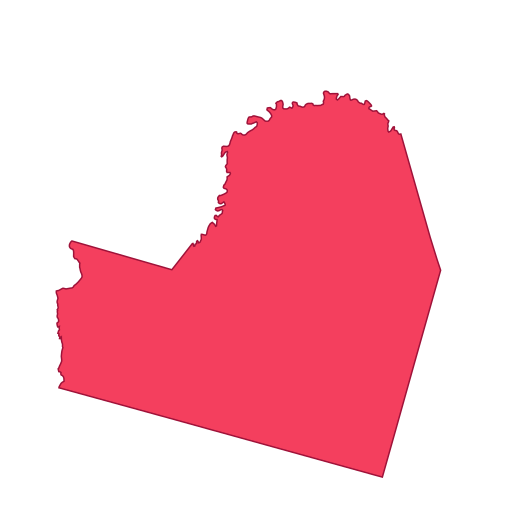 outline of Sala Krau, Krong Pailin, Cambodia, rotated 16°
{"feature_id": "14789045B37468243401885", "entity_name": "Sala Krau", "entity_type": "district", "adm_level": 2, "iso_a3": "KHM", "parent_name": "Cambodia", "parent_adm1": "Krong Pailin", "projection": "natural_earth1", "projection_center": [102.586, 13.003], "detail": "fine", "context": "isolated", "style": "filled", "palette": "rose", "viewbox_px": 512, "rotation_deg": 16, "n_neighbors": 0, "source": "geoboundaries", "source_scale": "gbopen_adm2", "svg_char_len": 5922}
<svg xmlns="http://www.w3.org/2000/svg" viewBox="0 0 512 512"><g transform="rotate(16 256 256)"><path d="M361.6,98.8L360.5,99.4L359.3,99.3L357.5,97.3L356.7,96.8L355.2,96.9L354.3,96.8L353.6,95.6L353.8,94.7L353.2,93.7L352.3,94.2L351.9,95.7L351.6,96.6L351.4,97.6L351.0,98.7L350.3,99.5L349.4,100.3L348.5,99.6L347.8,98.0L347.4,97.0L347.3,95.7L347.2,94.6L346.5,93.3L346.2,92.0L346.4,91.1L346.4,89.5L345.1,88.9L343.9,88.0L342.9,87.4L342.1,87.1L341.5,86.5L340.9,85.8L340.4,84.9L340.3,83.9L339.6,83.7L338.7,84.6L338.0,85.1L337.0,85.1L334.2,84.8L333.4,84.1L331.9,83.1L330.8,83.6L329.4,84.2L328.3,84.6L326.1,83.9L324.7,83.4L323.9,83.3L323.7,82.0L324.2,81.2L325.2,80.7L325.7,79.9L325.1,79.1L324.1,78.4L322.9,77.7L321.3,76.8L320.2,76.3L319.2,76.2L318.3,77.0L318.4,78.0L318.4,79.3L318.3,80.4L317.5,80.7L316.6,80.6L315.2,80.1L314.2,80.4L312.6,80.0L311.6,79.5L310.7,78.5L309.6,78.0L308.7,77.8L307.7,77.9L306.5,78.4L305.7,79.0L304.7,79.9L303.9,80.1L302.9,78.8L302.4,77.7L301.9,76.4L301.0,75.6L300.2,75.1L299.3,75.0L298.6,75.5L297.2,77.1L296.9,78.2L296.2,78.7L295.2,78.9L293.6,79.3L292.4,81.8L291.9,82.7L291.2,83.6L289.9,83.0L289.7,81.3L289.8,79.4L290.4,78.2L289.8,77.4L285.2,78.7L284.0,79.1L282.7,79.6L281.9,79.5L280.5,78.6L279.7,78.2L278.9,78.3L278.1,78.2L276.7,78.7L276.1,79.5L275.9,80.8L276.7,82.0L277.6,83.4L278.2,84.9L278.4,86.7L278.2,87.6L278.0,88.7L278.6,89.6L278.8,90.9L278.7,91.7L277.9,92.1L277.3,92.8L276.3,93.6L275.4,93.8L273.8,94.4L271.3,95.0L270.5,95.4L269.4,95.1L268.7,94.1L267.6,93.9L264.2,94.9L263.5,95.3L262.6,96.1L261.8,97.3L261.5,99.1L260.0,100.1L258.4,100.1L257.1,99.9L255.9,100.1L255.0,100.0L253.8,98.9L253.2,97.6L251.8,97.4L250.5,97.5L249.3,97.7L248.8,98.4L248.8,99.3L250.2,101.2L250.3,102.2L250.0,103.7L249.3,104.1L248.4,103.7L247.2,103.7L246.4,105.1L245.1,106.1L244.2,106.4L243.2,106.6L242.3,106.9L240.9,106.3L240.5,104.9L240.3,103.0L239.9,102.0L239.1,100.6L238.4,99.9L237.7,99.5L236.8,99.7L235.1,101.4L234.3,101.7L233.7,102.4L233.0,103.7L233.8,104.4L234.5,106.7L234.6,109.1L233.8,110.3L232.0,110.6L230.6,110.2L228.9,109.4L227.5,109.9L226.1,110.6L226.2,112.5L227.5,113.1L229.1,113.8L230.5,114.8L231.5,115.7L232.3,116.6L232.7,118.1L232.2,119.1L231.8,119.9L231.6,120.7L231.3,122.0L230.4,123.1L229.4,123.4L228.0,123.8L227.2,123.6L226.4,123.2L224.0,122.0L222.9,121.7L221.7,121.6L220.4,121.7L216.0,121.8L214.6,122.2L213.8,123.1L212.9,123.7L212.0,123.9L211.0,124.4L210.7,125.1L210.5,126.5L210.6,129.9L211.0,131.0L211.9,131.3L212.8,131.0L213.8,130.8L215.1,130.4L215.9,129.6L217.0,128.9L219.3,126.9L220.5,127.6L220.9,128.9L221.0,130.8L220.5,131.8L219.8,132.5L218.6,134.6L217.6,135.8L215.8,137.5L215.1,138.3L213.9,139.8L213.1,141.5L212.6,142.2L211.3,143.1L210.0,143.2L208.9,143.0L208.3,142.5L207.2,142.3L205.0,143.5L203.9,143.4L203.1,142.1L201.7,142.4L201.0,143.2L200.7,143.9L200.5,145.7L200.3,146.8L200.3,148.5L200.2,149.9L200.0,151.5L199.8,153.1L199.9,154.2L199.9,155.3L199.8,156.7L199.0,158.1L197.6,158.8L194.5,159.4L193.5,160.4L193.4,161.6L194.3,163.6L194.3,166.1L194.7,167.5L195.2,168.4L195.0,169.7L195.7,170.1L196.5,169.1L197.7,165.1L198.4,164.2L199.6,163.5L200.1,164.2L200.1,166.7L201.5,169.5L201.7,171.2L202.1,172.6L202.4,173.8L202.9,174.8L202.7,175.8L202.0,177.5L202.0,178.7L203.3,179.8L204.1,181.1L204.3,182.6L205.2,183.7L208.0,182.9L208.6,183.5L208.6,184.7L208.1,185.9L206.4,187.9L207.0,189.7L207.1,191.1L206.6,193.6L206.3,195.6L205.6,196.7L205.6,198.9L206.3,199.6L207.1,199.8L208.3,199.7L209.3,200.0L210.3,200.7L210.6,202.3L210.3,203.2L208.6,205.0L205.8,207.3L205.1,207.7L204.1,207.9L203.6,209.1L203.2,210.1L203.3,211.2L203.6,212.1L204.5,213.0L204.9,213.7L205.1,215.0L206.3,215.6L207.3,215.6L208.3,215.2L210.2,212.8L211.5,213.9L212.2,215.0L212.2,215.9L211.3,216.5L209.4,218.1L206.1,220.0L204.2,221.0L204.2,222.6L205.2,223.1L206.7,223.3L208.0,222.6L209.4,221.2L210.5,220.7L211.4,221.3L211.5,223.0L211.8,224.1L211.4,224.9L210.6,225.9L209.8,226.8L208.8,228.8L208.1,228.7L206.5,227.9L205.6,228.3L205.3,229.2L205.4,230.8L205.8,231.5L206.9,232.0L208.5,231.7L208.7,232.5L209.0,233.9L209.2,235.7L209.6,237.1L209.7,238.0L209.0,238.6L208.3,237.8L207.2,236.9L204.7,235.7L204.1,236.4L203.2,237.5L202.4,240.3L202.2,241.7L202.2,246.1L202.5,248.1L202.3,249.2L201.6,250.0L198.6,250.0L197.5,250.2L197.6,251.4L198.4,253.5L198.8,255.0L198.4,258.0L197.8,258.8L197.0,259.2L196.5,258.2L195.6,257.4L194.9,258.2L195.1,259.3L195.4,260.5L194.3,261.4L194.4,262.3L194.4,263.3L193.6,263.8L193.0,263.2L192.7,262.2L191.9,261.3L191.3,261.8L178.9,292.4L74.9,292.3L74.0,293.8L73.6,295.8L73.6,296.8L73.9,298.0L74.4,298.8L75.0,299.3L75.7,299.8L76.9,300.0L78.2,300.1L79.2,301.4L79.9,303.3L80.8,306.7L81.6,307.6L82.7,308.5L84.1,308.2L85.1,308.6L87.0,310.1L87.7,310.8L88.7,311.4L88.7,312.3L89.6,315.5L90.2,316.4L91.1,318.2L92.0,319.7L92.9,320.7L93.8,322.0L94.4,323.3L94.5,324.5L94.2,325.6L93.2,328.0L92.1,330.4L91.4,331.6L90.7,332.8L89.9,333.8L89.3,334.6L89.0,336.1L88.0,337.4L86.3,338.1L83.9,339.3L82.5,340.0L80.1,340.1L79.3,340.2L78.4,341.0L77.2,342.2L75.6,343.7L74.6,344.1L73.7,344.7L74.1,346.2L74.6,347.1L75.1,347.7L75.7,348.5L76.5,349.8L77.3,351.2L77.3,354.3L77.8,355.8L78.7,356.8L78.9,357.9L80.1,360.1L80.1,361.1L79.7,362.6L80.4,363.2L80.3,364.1L80.6,364.9L81.2,366.2L81.3,367.1L81.4,368.6L82.1,370.0L82.9,370.4L83.7,371.6L84.3,373.2L84.0,374.2L83.2,375.3L83.4,376.1L84.4,378.1L85.2,378.9L86.4,377.9L86.6,379.3L87.4,381.2L86.8,382.6L86.9,383.5L86.8,384.9L88.0,385.1L88.4,387.1L89.8,387.6L89.9,389.5L90.7,389.4L91.3,387.8L91.7,389.1L92.2,390.5L92.5,391.2L93.4,392.8L94.1,393.7L94.5,394.7L94.9,396.3L95.6,397.2L95.6,400.5L95.8,402.2L96.5,406.1L97.9,409.5L98.2,411.0L97.8,414.2L97.5,415.7L97.3,418.1L96.9,419.0L98.3,421.5L99.4,421.4L100.6,421.7L100.9,423.2L101.6,424.1L102.9,424.3L104.2,425.2L105.1,426.6L106.0,429.3L104.5,430.9L103.7,432.2L103.2,434.2L102.8,436.1L102.9,437.0L210.2,435.8L430.9,433.8L438.4,433.7L438.2,384.7L437.8,317.6L437.4,218.8L431.1,209.6L418.2,189.9L361.6,98.8Z" fill="#f43f5e" stroke="#9f1239" stroke-width="1.5"/></g></svg>